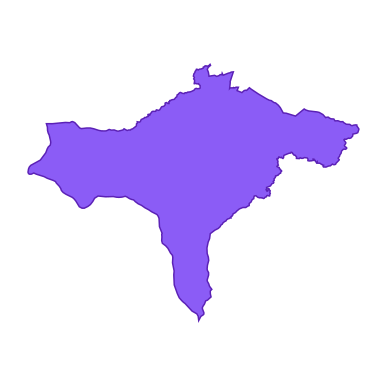 Apía, Risaralda, Colombia (Natural Earth projection), rotated 272°
{"feature_id": "7082276B94822224819710", "entity_name": "Apía", "entity_type": "district", "adm_level": 2, "iso_a3": "COL", "parent_name": "Colombia", "parent_adm1": "Risaralda", "projection": "natural_earth1", "projection_center": [-75.959, 5.139], "detail": "fine", "context": "isolated", "style": "filled", "palette": "violet", "viewbox_px": 384, "rotation_deg": 272, "n_neighbors": 0, "source": "geoboundaries", "source_scale": "gbopen_adm2", "svg_char_len": 6088}
<svg xmlns="http://www.w3.org/2000/svg" viewBox="0 0 384 384"><g transform="rotate(272 192 192)"><path d="M320.2,205.6L318.9,204.4L318.3,203.0L318.6,201.5L318.4,200.5L317.6,200.1L317.3,199.0L316.1,198.8L315.3,196.9L315.0,195.1L314.2,193.9L314.9,192.7L314.8,192.1L313.6,191.7L312.7,190.9L311.5,190.7L310.2,189.8L307.8,189.3L307.1,190.0L306.4,190.4L305.1,189.7L304.1,190.6L302.7,190.7L300.4,190.4L300.3,190.9L300.7,191.5L300.2,193.3L300.5,194.8L299.9,195.0L298.7,196.4L296.3,196.5L295.7,196.0L295.4,193.5L295.7,192.8L295.6,192.2L294.9,191.1L293.9,190.6L292.6,188.2L292.0,186.7L291.6,184.0L290.9,183.2L291.0,181.6L290.1,180.8L290.3,178.9L291.1,177.1L290.9,176.4L289.9,175.3L289.1,174.8L288.6,173.8L286.5,173.4L286.0,172.5L284.0,171.1L283.5,168.7L283.1,168.1L282.6,166.6L282.0,166.7L281.3,165.6L280.1,166.0L279.6,165.9L279.6,164.9L280.5,163.5L280.1,162.2L279.5,162.0L278.4,162.2L277.7,161.8L276.6,160.7L276.3,159.2L276.0,158.6L272.9,156.8L272.4,155.6L272.9,153.8L272.6,153.3L271.7,153.1L271.3,152.6L271.3,150.1L270.9,149.2L268.7,147.7L267.3,147.1L267.3,146.8L268.2,146.4L267.9,145.3L267.4,145.2L266.4,145.8L265.9,145.5L265.5,144.1L264.9,143.5L264.8,142.0L263.9,141.3L262.7,138.7L260.8,138.0L260.0,137.2L260.3,134.8L259.0,135.0L258.1,134.1L256.8,134.2L255.9,133.9L253.0,130.4L252.6,129.0L251.8,128.4L251.8,126.7L251.2,125.0L252.8,121.9L251.6,120.8L250.2,116.1L250.4,114.8L251.3,112.0L251.0,109.4L251.6,107.0L250.3,104.6L250.0,103.4L249.9,99.4L250.4,96.4L251.8,91.5L252.4,88.1L252.3,84.7L251.5,79.2L252.1,77.5L257.3,72.4L258.2,70.2L258.0,69.1L257.0,67.4L257.1,63.1L255.4,50.1L255.2,44.1L251.9,45.2L248.4,45.5L246.0,46.2L243.9,47.3L237.9,48.9L236.4,49.1L233.9,48.7L232.0,46.8L230.0,45.8L226.1,44.5L218.6,39.3L213.0,29.9L211.2,28.5L209.3,27.8L206.1,27.4L204.6,28.0L204.1,29.2L204.3,31.0L205.4,33.1L205.3,33.6L204.4,35.7L202.2,43.7L200.7,46.8L198.7,53.0L197.7,55.2L196.2,56.1L193.1,59.2L190.9,60.7L189.0,61.4L187.0,63.3L185.3,66.2L182.4,72.7L180.8,74.6L178.8,76.3L173.3,79.9L172.0,82.6L172.1,85.0L173.9,88.4L175.9,90.9L179.1,93.2L182.4,94.9L184.7,98.3L184.2,105.8L184.7,113.6L184.2,116.6L184.1,119.2L184.5,122.4L185.4,125.4L184.9,126.9L183.2,129.8L182.4,132.1L182.1,133.9L180.3,135.8L178.3,138.7L176.9,142.0L174.6,145.5L172.8,149.2L170.7,152.6L168.3,157.8L166.5,159.1L164.4,160.0L156.2,160.7L149.6,163.6L148.8,163.2L146.0,163.5L142.3,163.4L139.7,164.2L137.3,167.6L134.9,169.9L130.3,172.6L127.9,174.7L125.8,175.1L120.5,175.0L112.5,176.9L108.6,176.7L98.5,177.5L89.9,180.9L85.9,182.9L83.2,185.4L81.4,187.4L80.3,189.0L73.0,196.2L70.4,201.1L68.1,202.5L63.8,203.2L68.0,205.2L69.7,207.6L70.4,208.1L71.8,208.1L75.6,206.5L76.8,206.4L77.9,206.8L80.5,208.4L83.2,209.3L83.8,209.6L84.4,211.2L87.8,214.7L90.8,213.9L93.3,213.7L94.1,214.0L95.4,215.2L98.4,212.8L100.9,211.9L103.2,210.5L104.5,210.2L109.6,211.5L112.0,211.4L114.2,210.1L115.6,209.8L119.3,210.0L124.2,211.1L127.5,210.6L131.1,209.3L136.6,208.9L142.5,209.9L145.9,211.2L151.0,211.7L154.6,216.1L156.5,219.5L158.3,221.3L160.0,222.1L160.9,223.4L161.9,223.8L163.6,225.6L164.2,226.9L165.6,227.7L166.4,228.9L166.8,230.2L167.3,230.7L167.4,231.9L168.4,231.7L169.1,232.8L169.8,232.9L170.4,233.6L171.6,233.8L173.0,236.2L174.4,237.3L176.8,240.0L178.3,243.4L178.4,246.3L179.8,248.2L180.4,249.6L182.6,249.6L183.8,251.2L186.6,252.5L187.5,254.0L188.4,253.9L190.2,254.4L190.5,256.0L189.0,257.9L188.5,259.9L188.7,260.9L188.5,261.6L188.7,262.1L188.0,263.6L188.2,264.3L189.3,265.2L189.8,266.5L190.9,266.9L191.2,267.4L190.7,269.5L190.9,269.8L192.5,269.9L193.2,270.3L194.4,269.8L196.0,270.1L196.9,269.2L197.9,268.9L198.0,268.4L197.8,268.0L195.7,267.7L195.4,267.0L196.8,266.0L197.3,266.0L198.0,266.9L199.2,266.4L200.8,270.2L203.1,271.6L203.7,273.1L204.6,273.4L205.5,272.8L206.6,273.8L207.9,273.5L209.5,274.8L210.9,274.9L211.2,275.3L211.1,276.0L211.7,276.7L211.7,277.3L213.5,278.9L213.9,279.9L215.0,280.0L216.1,280.9L216.7,280.5L217.1,279.6L217.8,279.5L218.4,278.5L219.5,278.3L220.1,276.4L220.4,276.0L220.8,276.1L221.9,277.4L222.9,276.8L223.9,276.9L224.4,276.5L225.3,276.9L226.2,276.5L227.0,276.6L227.3,275.8L228.0,275.6L228.4,275.9L228.7,277.1L230.0,277.5L230.0,278.0L229.4,279.0L229.8,280.1L229.0,280.9L228.7,281.7L229.5,282.3L231.2,282.4L231.9,282.7L234.1,287.6L234.3,289.1L235.2,289.7L235.0,290.5L234.6,291.0L233.9,291.1L233.4,291.9L232.4,292.7L232.4,293.6L230.8,295.2L229.2,295.2L229.1,298.1L230.0,298.9L229.5,299.9L229.5,301.6L230.3,303.1L230.1,305.7L229.8,306.2L228.8,306.8L227.4,306.7L227.1,308.0L227.4,310.7L227.7,311.4L227.8,312.3L228.1,312.0L229.1,311.9L229.0,312.8L228.4,312.9L227.9,314.0L226.6,314.4L226.0,315.4L226.7,316.1L225.7,316.3L225.6,315.6L225.2,315.6L225.2,318.8L224.4,320.0L224.0,321.1L223.6,321.3L223.3,322.6L222.3,322.1L221.6,322.5L221.6,325.1L222.7,327.5L223.0,329.4L224.8,331.3L224.3,332.4L224.3,333.7L224.8,334.6L225.7,334.9L229.0,337.9L229.6,338.0L230.5,337.0L231.2,337.0L232.8,338.2L234.4,338.6L235.8,339.6L238.3,340.1L240.0,341.8L240.2,342.6L240.0,343.7L240.6,344.8L241.2,345.1L241.8,344.9L242.6,343.5L243.3,342.9L244.0,342.7L245.8,343.9L246.8,344.0L248.9,342.3L249.6,342.1L250.1,342.5L250.1,344.3L251.3,346.4L251.1,347.5L251.5,348.9L253.5,350.6L255.5,350.8L256.4,354.3L257.1,355.6L260.4,356.6L261.0,356.5L263.7,354.5L264.7,354.4L264.8,353.3L264.5,351.3L264.0,350.1L264.0,348.8L265.1,347.3L265.1,343.9L266.7,341.1L267.6,340.3L267.4,338.0L268.3,335.4L268.1,332.4L269.9,331.2L270.0,328.4L270.7,326.7L271.5,325.8L271.5,324.4L271.0,323.0L274.0,320.1L276.0,316.3L276.4,314.1L277.1,305.6L278.0,302.7L278.9,301.2L271.5,292.8L274.0,283.5L274.2,280.4L279.4,277.3L281.8,275.2L283.9,272.5L284.3,270.7L286.1,268.0L286.4,266.1L287.7,263.3L292.3,254.9L296.8,247.6L298.2,245.7L295.4,243.0L295.6,242.1L295.2,240.6L293.1,238.4L294.9,233.5L298.3,234.7L298.3,232.4L297.7,231.4L297.7,230.5L297.5,230.3L297.9,229.9L297.5,229.1L297.4,226.5L296.8,226.0L302.7,226.4L303.4,226.2L313.5,229.1L313.2,227.0L312.4,225.7L312.1,224.3L309.8,219.0L311.7,218.0L310.6,217.8L310.2,217.4L310.3,216.1L309.3,215.0L308.4,212.7L309.4,210.5L308.3,205.0L312.3,204.2L315.0,203.0L316.4,203.5L317.3,204.1L319.2,206.1L320.2,205.6Z" fill="#8b5cf6" stroke="#5b21b6" stroke-width="1.5"/></g></svg>